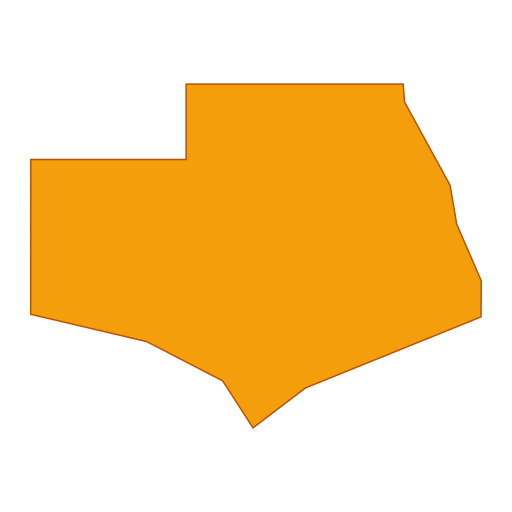 82, Ar Rayyān, Qatar (Natural Earth projection)
{"feature_id": "91078587B69331061466095", "entity_name": "82", "entity_type": "district", "adm_level": 2, "iso_a3": "QAT", "parent_name": "Qatar", "parent_adm1": "Ar Rayyān", "projection": "natural_earth1", "projection_center": [51.205, 25.205], "detail": "fine", "context": "isolated", "style": "filled", "palette": "amber", "viewbox_px": 512, "rotation_deg": 0, "n_neighbors": 0, "source": "geoboundaries", "source_scale": "gbopen_adm2", "svg_char_len": 366}
<svg xmlns="http://www.w3.org/2000/svg" viewBox="0 0 512 512"><path d="M30.8,159.5L30.7,314.3L146.7,341.6L222.7,380.9L253.0,427.9L276.5,409.9L305.7,387.8L414.0,344.0L481.0,316.9L481.0,316.7L481.3,281.0L456.6,223.9L454.9,213.5L450.1,185.3L404.6,102.1L403.2,84.1L374.9,84.1L186.1,84.1L186.1,159.5L30.8,159.5Z" fill="#f59e0b" stroke="#b45309" stroke-width="1.5"/></svg>